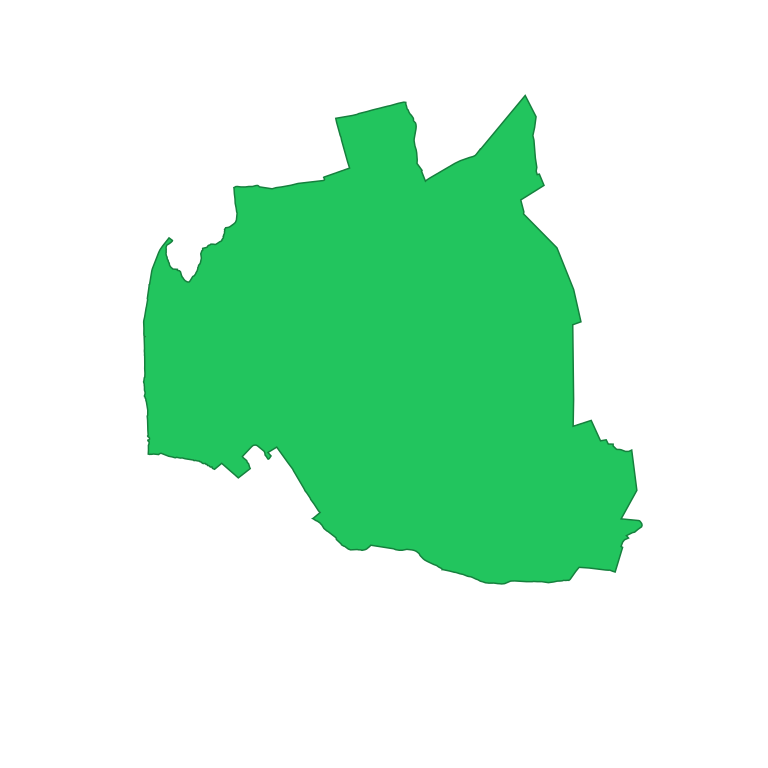 Margineni, Neamt, Romania, rotated 157°
{"feature_id": "2599482B23052951043248", "entity_name": "Margineni", "entity_type": "district", "adm_level": 2, "iso_a3": "ROU", "parent_name": "Romania", "parent_adm1": "Neamt", "projection": "natural_earth1", "projection_center": [26.666, 46.886], "detail": "fine", "context": "isolated", "style": "filled", "palette": "green", "viewbox_px": 768, "rotation_deg": 157, "n_neighbors": 0, "source": "geoboundaries", "source_scale": "gbopen_adm2", "svg_char_len": 6171}
<svg xmlns="http://www.w3.org/2000/svg" viewBox="0 0 768 768"><g transform="rotate(157 384 384)"><path d="M468.7,589.7L469.8,588.9L470.4,588.6L470.5,587.7L470.7,587.3L471.1,587.0L471.6,585.7L472.2,584.8L473.6,583.6L473.7,583.0L474.3,582.7L474.5,582.4L474.4,582.0L474.8,581.5L475.3,581.0L476.7,580.3L476.9,579.7L477.8,579.2L479.6,579.1L483.9,578.3L485.0,578.4L485.9,579.1L488.7,580.4L490.1,580.0L491.4,580.2L492.0,580.0L493.4,579.1L494.3,579.1L497.9,579.7L498.1,579.4L498.5,578.1L499.6,577.8L501.8,575.4L502.9,571.2L505.8,567.1L506.2,566.9L506.9,566.2L507.3,566.2L508.3,565.7L508.8,564.7L509.8,564.0L510.4,562.8L512.2,560.8L513.4,560.1L514.0,559.3L516.3,557.8L517.8,557.7L518.3,557.5L521.9,554.9L523.2,554.2L523.7,554.1L524.7,554.5L525.4,555.1L526.7,556.8L527.3,558.5L527.5,560.0L528.1,561.8L527.9,562.0L528.0,562.9L527.5,566.9L527.9,567.6L528.0,568.1L529.8,569.4L529.4,570.3L533.3,572.2L534.7,575.1L534.7,575.5L535.0,577.1L534.5,579.1L534.7,581.2L534.4,582.0L534.6,583.7L534.5,584.6L534.1,585.4L534.2,587.1L534.1,587.6L533.7,589.3L533.1,590.2L532.4,592.0L532.0,592.7L531.2,595.0L529.9,596.5L529.2,596.8L526.7,597.1L524.8,597.6L523.4,598.1L522.7,598.6L522.7,598.9L524.8,602.5L534.1,597.4L537.7,595.1L540.0,593.1L552.1,580.7L553.6,578.8L560.1,568.5L560.7,567.5L561.3,567.3L562.2,565.5L568.5,555.1L568.6,554.0L569.0,553.4L572.6,547.8L573.3,546.9L578.1,539.3L580.2,536.4L581.0,535.0L583.2,529.1L585.4,524.1L586.0,522.4L586.0,521.9L585.5,521.0L585.8,520.9L586.4,521.0L589.4,513.2L590.6,510.2L591.7,508.0L592.3,506.1L592.8,504.8L593.2,504.3L593.3,503.4L596.9,494.7L598.3,491.6L599.8,487.4L601.5,483.8L601.8,483.8L602.3,483.3L603.8,480.7L604.5,479.9L604.7,477.7L605.3,476.2L605.6,475.0L606.8,472.2L607.0,471.4L607.0,470.4L607.2,469.6L607.8,468.3L608.6,467.3L609.0,467.0L609.4,465.9L609.1,465.6L609.0,465.2L609.3,464.1L609.1,463.2L609.7,461.5L609.6,460.8L611.7,452.2L613.7,447.6L614.5,447.0L615.7,443.2L619.5,433.5L621.1,429.0L621.9,428.5L621.9,427.8L621.3,426.9L621.0,426.0L621.2,425.3L621.5,424.7L622.2,424.4L623.1,424.7L623.4,424.4L623.5,423.9L622.9,422.8L623.2,421.6L624.0,420.4L624.8,419.7L626.6,415.3L628.4,411.6L627.0,410.6L626.3,410.6L625.5,410.1L623.5,409.6L619.0,407.1L618.0,407.5L616.8,407.5L616.1,407.2L610.4,401.6L607.4,399.6L605.5,398.0L604.5,397.5L603.6,397.6L600.4,395.4L598.6,394.8L596.4,393.0L589.2,388.5L588.8,387.7L587.6,387.4L585.4,385.9L584.7,385.5L584.0,385.0L584.0,384.7L583.8,384.4L582.8,383.6L582.5,382.7L581.6,381.5L580.7,381.1L579.8,380.8L579.4,380.6L579.4,380.0L579.1,379.4L578.3,379.2L578.1,378.5L578.2,377.9L577.0,377.2L576.8,376.9L576.7,376.1L575.9,375.2L574.8,374.9L574.7,374.6L574.9,374.0L574.8,373.3L573.3,371.7L564.4,374.4L554.8,354.5L540.2,358.4L540.2,360.2L539.8,363.5L540.3,364.8L540.5,365.8L540.3,366.6L540.4,367.3L542.4,371.2L542.7,372.6L530.6,377.9L528.8,378.5L527.9,378.5L527.0,378.3L525.8,377.8L525.2,377.3L524.5,376.3L521.1,369.8L520.7,369.0L520.6,368.1L520.7,366.7L521.0,365.8L521.2,364.9L520.6,363.1L520.2,360.5L520.0,360.1L519.2,360.1L518.8,360.2L516.1,361.9L517.6,366.3L507.4,367.8L503.1,348.7L501.3,341.4L501.2,339.4L498.5,318.9L498.4,316.4L497.7,314.0L496.8,309.4L496.5,307.5L496.6,306.5L495.3,301.0L494.1,294.2L493.9,292.9L493.0,290.7L501.4,288.1L502.2,288.0L501.5,287.3L501.4,286.9L500.3,285.2L498.8,283.6L497.0,280.7L497.0,280.1L496.4,278.9L495.7,274.4L493.9,270.9L493.2,270.1L488.4,261.5L488.3,261.0L488.4,260.0L488.6,259.5L485.9,253.4L486.0,252.8L485.7,252.2L484.2,250.3L483.6,249.9L481.4,246.1L479.6,244.4L473.3,242.1L472.5,241.5L470.4,240.5L469.2,239.5L466.2,238.9L464.5,238.9L460.5,240.1L459.2,240.8L439.6,228.6L437.9,226.9L434.9,225.0L432.0,223.8L427.6,222.9L423.3,220.5L422.0,219.6L421.0,218.8L419.7,217.4L417.9,214.2L417.9,213.0L417.7,211.7L416.2,207.8L415.3,206.1L413.4,203.7L408.7,198.4L406.5,196.4L405.2,194.2L403.1,191.7L402.9,191.0L403.1,190.4L402.4,190.2L396.4,186.0L392.8,183.2L391.4,182.4L388.3,179.7L385.7,177.9L382.4,174.6L381.5,173.9L379.2,172.5L377.5,170.7L375.7,168.6L374.1,167.2L372.4,164.9L370.2,163.2L368.4,161.5L365.2,159.7L360.6,157.8L357.1,155.7L355.6,155.0L353.8,154.0L350.9,153.1L344.4,153.1L340.7,151.7L330.1,146.4L325.0,144.2L323.4,143.8L320.0,142.1L316.1,140.5L310.3,136.9L305.1,135.5L301.4,134.8L298.8,133.8L296.9,133.2L295.5,133.1L293.3,132.1L291.1,131.4L290.6,131.0L289.1,131.4L288.4,131.8L280.8,136.5L276.7,138.7L276.0,139.0L267.1,134.5L252.7,126.2L250.3,125.0L249.0,124.5L248.4,124.0L246.8,122.4L244.7,120.6L228.2,140.4L229.3,141.8L226.1,145.2L223.5,146.6L219.1,146.7L220.1,149.7L213.4,150.1L211.1,149.7L206.9,151.0L202.7,151.9L201.6,153.2L201.3,154.9L201.8,157.1L202.2,158.2L203.1,158.9L218.4,167.2L192.8,187.3L181.8,226.4L185.0,226.3L188.1,227.6L191.3,230.7L192.4,231.5L195.4,232.9L197.3,237.4L196.6,239.1L201.0,241.1L201.3,245.8L206.9,247.1L207.5,269.5L226.4,271.2L215.5,295.7L187.1,364.8L178.4,364.3L172.5,396.9L171.6,441.8L189.1,486.0L188.0,487.8L186.2,500.0L159.1,504.3L159.0,516.5L161.2,516.9L160.7,520.6L158.7,523.7L156.4,532.8L150.7,549.9L149.9,554.5L145.1,561.3L139.6,570.6L141.3,594.4L203.5,562.3L203.6,562.6L204.6,562.0L209.4,559.3L210.9,558.7L213.1,558.6L216.9,559.1L226.5,559.7L232.5,559.4L261.4,555.7L265.2,555.0L266.6,554.5L266.3,565.3L265.8,565.4L265.5,565.8L267.3,573.6L267.5,574.0L265.9,577.2L263.6,584.0L262.9,586.9L262.5,591.1L261.2,596.3L260.4,597.9L254.9,606.3L253.8,608.4L253.2,610.3L253.0,611.9L253.9,614.5L253.9,614.9L253.9,615.4L253.3,616.3L253.2,617.5L253.8,620.6L254.6,622.7L254.8,624.7L254.7,626.8L255.1,627.7L255.2,628.4L254.7,631.3L254.6,633.0L253.9,634.7L255.6,635.7L261.3,636.8L269.6,637.8L272.0,638.3L287.9,640.8L293.0,641.4L301.7,642.8L303.4,642.7L308.1,643.5L324.6,647.4L325.4,643.3L326.8,632.7L327.2,629.9L327.2,627.8L327.8,625.0L330.7,602.7L331.3,596.2L358.5,597.9L358.8,597.8L358.7,596.4L358.9,595.3L359.4,595.0L360.7,595.1L384.8,602.2L391.9,603.3L401.2,605.4L406.6,606.9L410.7,607.4L421.6,614.1L422.1,615.3L422.6,616.0L423.1,616.3L424.4,616.7L427.9,617.2L431.5,618.7L434.8,619.6L438.9,621.4L441.8,623.1L443.2,623.6L445.5,623.4L445.6,622.7L447.4,617.6L448.8,612.7L450.4,608.4L451.3,603.9L452.4,599.9L452.4,598.8L455.8,592.6L457.7,590.8L459.9,590.0L465.0,588.9L466.5,589.1L468.7,589.7Z" fill="#22c55e" stroke="#15803d" stroke-width="1.5"/></g></svg>